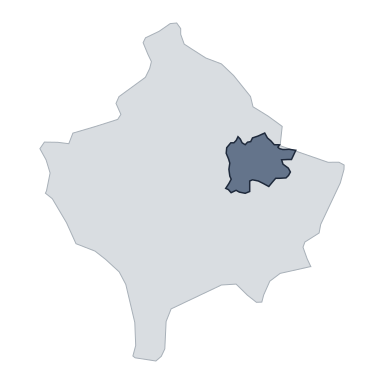 Priština on a map of Kosovo (Albers equal-area conic projection)
{"feature_id": "KOS-5902", "entity_name": "Priština", "entity_type": "District", "adm_level": 1, "iso_a3": "XKX", "parent_name": "Kosovo", "parent_adm1": "", "projection": "albers", "projection_center": [21.268, 42.679], "detail": "fine", "context": "in_parent", "style": "filled", "palette": "slate", "viewbox_px": 384, "rotation_deg": 0, "n_neighbors": 0, "source": "natural_earth", "source_scale": "10m", "svg_char_len": 1709}
<svg xmlns="http://www.w3.org/2000/svg" viewBox="0 0 384 384"><path d="M95.7,126.4L117.7,119.4L120.9,114.4L116.0,103.4L119.0,96.6L145.4,77.3L149.7,68.5L151.4,61.6L147.9,54.3L143.1,42.7L145.5,37.8L159.1,31.3L170.2,23.6L176.7,23.0L180.7,28.6L180.7,34.4L184.2,44.1L192.3,49.4L205.8,58.0L221.4,63.9L233.7,75.6L250.5,96.5L253.0,106.8L268.1,116.1L282.2,126.4L280.1,145.7L328.1,162.3L338.9,162.2L344.1,165.0L344.0,169.4L340.3,182.9L320.7,224.4L319.1,233.0L304.9,242.0L303.0,247.2L307.1,258.7L310.8,266.6L310.5,266.6L280.1,273.4L269.8,281.2L263.7,294.9L261.8,302.1L256.4,302.3L247.4,295.2L236.1,284.1L221.4,285.0L171.1,308.9L166.1,321.5L164.8,348.9L161.3,356.3L155.9,361.0L135.1,357.8L132.9,356.0L135.7,345.5L134.8,322.5L125.8,284.4L119.2,271.9L105.6,259.4L95.0,251.1L76.0,243.7L66.5,222.7L52.3,198.7L45.4,193.2L46.5,190.9L50.1,173.0L46.1,159.9L39.9,148.7L44.4,142.1L57.7,142.3L68.8,143.7L72.9,133.1L95.7,126.4Z" fill="#d9dde1" stroke="#a8b0b8" stroke-width="1"/><path d="M279.5,144.8L278.9,146.0L278.1,146.7L278.0,147.4L279.7,148.7L282.7,149.5L284.9,149.5L289.1,149.3L295.8,150.3L291.5,159.5L287.7,159.5L281.6,159.8L283.0,164.2L288.3,168.1L290.4,172.0L288.5,175.5L286.0,177.9L279.4,178.3L275.7,178.3L272.4,182.1L268.8,186.5L263.3,183.5L258.3,181.0L252.5,179.8L249.7,181.0L249.7,186.6L249.7,191.5L245.2,193.3L239.3,192.1L236.1,190.3L231.1,192.7L228.4,189.6L225.7,188.4L228.9,183.5L231.2,179.2L229.8,176.1L228.9,169.3L229.8,163.1L228.5,158.8L226.2,153.3L226.7,147.7L230.8,142.8L233.9,142.8L236.2,140.4L238.0,136.7L240.3,139.1L242.1,142.8L245.2,144.7L247.5,142.2L250.7,141.6L252.5,137.9L257.9,136.1L264.7,133.0L267.4,137.9L271.0,141.0L274.2,144.7L279.5,144.8Z" fill="#64748b" stroke="#1e293b" stroke-width="1.5"/></svg>